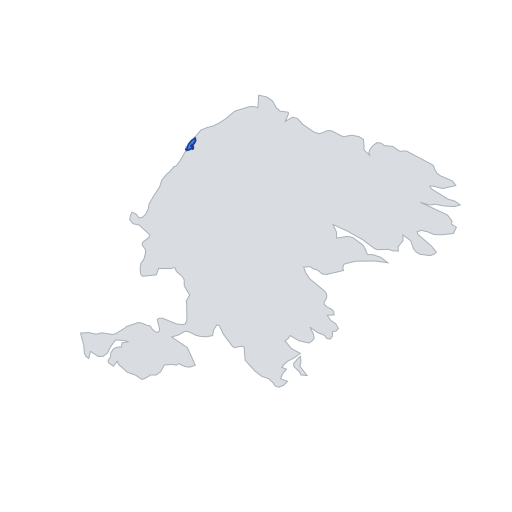 Greystones Lea-6, Wicklow, Ireland (highlighted), rotated 224°
{"feature_id": "5873133B55746922495286", "entity_name": "Greystones Lea-6", "entity_type": "district", "adm_level": 2, "iso_a3": "IRL", "parent_name": "Ireland", "parent_adm1": "Wicklow", "projection": "mercator", "projection_center": [-6.093, 53.104], "detail": "fine", "context": "in_parent", "style": "filled", "palette": "blue", "viewbox_px": 512, "rotation_deg": 224, "n_neighbors": 0, "source": "geoboundaries", "source_scale": "gbopen_adm2", "svg_char_len": 5471}
<svg xmlns="http://www.w3.org/2000/svg" viewBox="0 0 512 512"><g transform="rotate(224 256 256)"><path d="M313.7,93.5L304.5,100.1L303.0,102.6L300.4,112.5L300.1,115.4L294.4,126.4L291.1,128.6L286.2,130.4L283.5,132.2L280.0,131.3L275.6,131.5L273.4,133.4L273.5,134.9L274.8,136.7L282.9,141.7L282.5,143.8L280.2,146.2L265.6,152.1L261.2,155.7L259.7,158.0L261.3,162.0L272.9,173.7L274.9,175.0L276.6,181.8L286.9,184.7L291.1,189.0L294.7,190.0L302.6,189.6L305.7,191.2L307.5,190.0L308.6,187.7L317.4,179.4L314.6,173.2L323.5,162.6L326.0,162.7L330.2,166.0L333.6,170.5L334.7,176.5L337.9,181.9L340.0,183.8L345.7,184.9L347.0,187.0L346.0,194.8L346.8,197.4L361.2,197.2L367.0,193.8L372.0,194.4L374.5,197.9L375.6,201.5L371.3,202.9L366.8,202.1L364.6,204.5L364.4,209.1L366.0,214.9L369.0,219.0L371.4,228.4L373.3,238.7L376.4,244.9L377.1,252.6L376.6,256.4L377.2,263.2L375.9,265.6L376.8,271.9L382.1,292.4L383.1,308.3L380.5,314.2L377.1,319.8L374.8,326.5L373.1,333.7L372.0,345.2L364.6,358.7L361.4,362.0L357.7,364.1L365.8,373.5L359.2,377.7L352.0,379.0L344.1,376.7L339.1,377.0L332.8,381.8L331.4,380.9L328.4,373.2L326.2,381.2L321.7,383.7L313.8,383.2L300.7,385.3L295.7,387.6L293.6,391.1L292.1,395.2L290.0,397.6L287.7,398.8L277.6,401.8L275.6,403.0L270.9,409.6L264.8,413.4L259.7,414.5L255.2,410.7L253.3,408.4L251.3,407.3L244.3,407.4L246.5,408.6L247.9,411.3L248.6,416.5L247.8,421.5L244.4,424.1L240.3,424.6L233.9,429.8L225.4,431.2L220.8,436.0L192.6,444.1L191.0,444.2L187.1,442.2L182.9,441.3L178.7,441.9L166.9,446.4L161.2,445.5L168.5,434.3L178.3,428.6L179.3,427.0L176.1,426.2L157.5,430.2L151.1,433.6L144.6,434.5L147.6,429.4L155.9,422.3L163.1,417.7L166.2,413.5L175.0,408.8L146.7,418.5L139.3,417.3L137.5,414.6L131.8,415.9L129.6,409.3L138.1,399.3L143.1,395.0L149.1,392.7L154.8,389.4L156.9,385.3L154.2,384.0L137.1,385.0L128.9,384.1L129.3,380.9L130.9,377.3L139.3,371.1L143.9,370.1L148.0,370.7L155.3,374.4L164.9,373.2L160.9,369.2L160.2,361.2L157.1,358.5L161.0,354.8L165.6,352.6L173.1,344.8L175.7,343.7L190.6,341.8L206.6,337.7L222.5,332.1L214.4,329.0L210.5,324.8L204.2,333.2L199.7,336.4L186.9,338.1L182.9,337.2L177.2,334.6L175.4,335.6L173.8,337.6L165.4,341.7L156.5,342.7L166.8,335.1L179.9,322.3L182.8,318.3L187.0,311.2L185.7,308.1L183.0,306.3L192.5,291.7L195.8,289.1L201.9,288.7L206.3,286.4L208.3,286.3L210.1,285.5L214.0,281.1L207.9,278.3L201.7,276.9L182.5,278.4L179.9,278.1L177.6,276.7L176.0,274.8L174.8,269.8L173.4,268.7L169.1,268.7L164.8,270.2L161.8,270.1L158.9,267.9L163.6,262.8L157.5,261.6L151.4,262.6L146.3,261.0L146.2,257.8L148.5,254.6L145.4,251.6L144.8,247.8L148.0,245.9L151.6,246.5L158.7,243.6L167.9,242.3L160.0,239.5L156.9,237.0L156.7,233.4L157.4,230.2L166.5,224.8L176.2,222.5L175.5,219.0L176.2,215.1L166.3,214.0L156.6,216.7L157.7,209.4L160.0,202.8L160.5,198.5L160.0,193.8L155.5,195.8L154.9,189.2L153.0,184.7L146.2,187.8L146.4,181.8L148.3,177.6L151.9,175.8L155.4,176.6L161.9,176.5L168.1,173.4L177.1,172.5L191.5,173.5L201.4,182.4L204.0,180.8L207.9,175.2L209.8,174.6L224.7,177.0L233.9,180.3L236.4,179.3L235.0,173.0L231.9,168.7L235.9,163.0L240.7,159.2L244.0,157.3L251.5,154.9L254.7,152.6L256.9,145.3L260.4,139.2L241.6,142.4L223.7,135.2L226.5,130.0L230.3,127.1L236.8,124.9L237.4,122.2L240.7,120.0L246.2,114.1L244.2,106.4L245.3,100.8L249.2,97.2L250.4,91.9L252.2,88.0L260.1,86.6L267.8,83.0L279.6,82.5L282.7,84.0L282.0,77.6L287.6,76.8L289.7,78.0L290.7,82.6L293.2,85.4L294.0,90.5L292.3,94.3L289.5,97.3L292.1,100.4L288.1,105.8L292.4,103.5L298.6,98.1L298.2,93.7L297.2,88.2L295.5,83.2L296.3,77.6L299.7,74.2L308.9,72.4L305.1,66.1L308.4,65.6L312.1,66.9L317.4,71.8L328.7,78.7L323.1,84.7L316.4,89.0L313.7,93.5ZM154.7,211.8L154.4,214.7L150.1,211.1L148.0,207.2L136.2,205.5L141.1,201.6L143.5,202.7L151.8,202.9L154.2,204.5L154.7,211.8Z" fill="#d9dde1" stroke="#a8b0b8" stroke-width="1"/><path d="M381.9,298.7L381.9,298.0L382.1,296.9L382.4,295.5L382.7,294.7L382.5,292.8L382.5,292.5L382.5,292.3L382.5,291.9L382.3,291.0L382.3,289.9L382.2,289.6L382.1,289.1L381.9,288.6L381.8,288.3L381.4,287.7L381.2,287.2L381.2,286.8L381.0,286.7L380.9,286.5L381.0,286.5L380.9,286.6L380.7,286.5L380.5,286.0L380.3,285.4L380.2,284.9L380.2,284.6L380.3,284.5L380.3,284.4L380.4,284.2L380.5,284.2L380.4,284.1L380.3,283.9L380.3,283.7L380.1,283.7L379.7,284.0L379.5,284.3L379.4,284.3L379.2,284.5L379.1,284.4L379.1,284.5L378.8,284.8L378.1,285.2L378.0,285.3L377.9,285.7L378.0,285.7L378.0,285.8L378.0,286.0L377.9,286.4L377.8,286.5L377.7,286.7L377.8,286.8L377.6,286.9L377.6,287.2L377.5,287.5L377.4,287.7L377.1,287.8L377.1,288.1L376.9,288.4L376.6,288.6L376.4,288.7L376.1,288.7L375.9,288.7L375.6,289.0L375.7,289.5L375.8,289.8L376.0,289.7L376.1,289.8L376.4,290.0L377.0,289.9L376.8,290.3L377.2,290.4L377.1,290.7L376.9,290.8L377.2,291.0L377.3,291.1L377.3,291.3L377.5,291.2L377.9,290.9L377.9,290.7L378.1,290.7L378.0,290.4L378.1,290.1L378.3,290.0L378.4,289.9L378.8,289.8L379.0,289.9L379.3,290.0L379.5,290.1L379.6,290.3L379.4,290.5L379.3,290.8L379.1,290.8L378.7,290.8L378.5,291.0L378.4,291.1L378.8,291.2L378.9,291.4L378.9,291.5L379.1,291.6L379.4,291.7L379.5,291.8L379.4,291.9L379.2,291.9L379.2,292.1L378.8,292.2L378.8,292.3L378.7,292.4L378.7,292.5L378.5,292.8L378.6,293.0L378.7,293.5L378.6,293.8L378.7,294.0L378.7,294.3L378.8,294.2L379.1,294.3L379.0,294.7L379.0,294.8L379.1,295.0L379.3,295.3L379.3,295.5L379.4,295.8L379.4,296.1L379.5,296.6L379.4,296.9L379.5,297.1L380.0,297.1L380.0,297.3L380.0,297.5L380.3,297.6L380.5,297.7L380.5,297.8L380.8,297.9L380.8,298.0L381.1,298.3L381.3,298.4L381.7,298.7L381.9,298.7Z" fill="#3b82f6" stroke="#1e3a8a" stroke-width="1.5"/></g></svg>